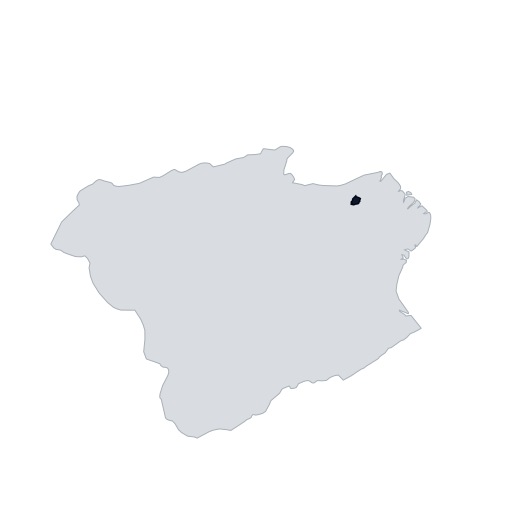 Yakurr, Cross River, Nigeria shown in context, rotated 235°
{"feature_id": "59680162B19335323694639", "entity_name": "Yakurr", "entity_type": "district", "adm_level": 2, "iso_a3": "NGA", "parent_name": "Nigeria", "parent_adm1": "Cross River", "projection": "equal_earth", "projection_center": [8.173, 5.82], "detail": "fine", "context": "in_parent", "style": "filled", "palette": "ink", "viewbox_px": 512, "rotation_deg": 235, "n_neighbors": 0, "source": "geoboundaries", "source_scale": "gbopen_adm2", "svg_char_len": 4525}
<svg xmlns="http://www.w3.org/2000/svg" viewBox="0 0 512 512"><g transform="rotate(235 256 256)"><path d="M383.5,94.8L395.4,116.4L398.0,132.5L399.1,140.5L401.0,141.4L404.7,141.8L407.4,143.4L409.0,146.1L410.0,148.5L410.2,150.0L409.5,159.7L408.6,163.2L409.2,167.9L409.0,170.0L408.6,171.4L407.0,173.0L404.8,174.5L399.5,179.1L398.0,179.8L395.7,179.9L393.8,181.1L391.5,183.6L386.6,192.9L382.4,202.2L379.4,217.3L375.7,222.0L375.0,226.1L374.5,235.6L373.9,238.4L373.3,239.2L369.3,241.0L367.0,243.2L365.6,247.5L363.9,262.0L363.3,264.4L362.0,266.9L359.9,269.6L358.2,271.1L353.5,272.1L349.2,283.0L349.1,285.0L347.2,294.9L343.8,302.4L343.6,307.2L339.4,313.8L337.2,318.3L339.5,323.0L339.6,323.7L332.4,331.7L331.9,332.9L331.6,338.4L331.1,339.9L329.7,341.9L327.8,344.1L325.8,345.8L323.5,347.0L321.3,347.4L320.1,346.8L319.4,345.1L318.2,338.4L317.6,336.9L316.1,335.6L310.5,328.2L307.1,325.6L306.4,325.8L305.8,326.5L304.8,330.2L303.9,331.6L302.1,332.1L299.0,332.1L296.7,331.6L296.2,330.9L295.1,327.9L288.1,334.7L285.7,336.2L282.6,344.2L278.2,348.1L275.1,351.6L267.0,362.4L265.4,365.6L263.8,370.4L260.3,390.8L254.7,403.6L253.9,406.3L253.6,406.2L252.9,407.4L250.7,406.6L249.7,404.3L248.4,403.9L246.1,400.4L245.6,401.0L248.0,409.8L247.1,413.2L240.2,413.3L234.3,414.5L230.2,414.4L228.2,413.1L227.3,409.8L226.9,410.2L226.7,411.9L225.4,413.3L220.9,413.6L218.9,411.3L217.2,408.8L215.5,407.7L215.8,408.7L217.8,411.2L217.5,414.7L213.8,418.8L211.5,419.1L210.1,417.3L209.3,414.4L208.9,410.2L208.0,407.4L207.5,407.4L208.1,412.0L208.1,416.3L209.9,419.7L207.2,420.7L204.0,420.8L203.5,419.6L203.1,416.8L202.6,416.1L201.9,420.8L195.3,422.1L194.4,421.9L194.2,421.0L194.7,419.7L194.5,417.6L193.1,419.3L192.8,422.5L192.0,423.0L189.5,422.6L186.7,420.9L182.3,416.8L176.8,410.1L175.9,407.1L174.3,403.4L171.5,393.2L172.0,392.8L173.3,393.3L173.9,392.4L171.6,391.7L171.2,390.9L171.0,388.7L171.1,385.9L174.6,384.5L175.4,382.8L175.8,381.2L171.6,383.7L167.6,380.8L166.7,379.1L167.2,377.7L171.8,377.6L173.4,376.3L172.4,375.9L170.7,375.9L170.0,375.1L170.1,373.0L169.5,373.5L168.8,375.3L166.1,376.7L164.5,375.3L164.3,372.3L164.0,370.9L162.7,369.8L158.0,361.8L152.1,355.2L146.9,350.6L138.9,348.4L122.4,348.5L121.4,347.8L122.5,346.8L123.9,346.1L129.3,342.4L128.4,341.9L122.8,344.2L120.9,344.4L118.4,348.9L102.1,349.9L102.2,347.8L102.9,341.9L103.9,337.9L102.8,333.0L102.6,328.5L103.3,327.1L103.5,325.4L103.4,314.0L104.3,312.3L104.3,311.2L102.6,306.3L102.7,302.6L102.4,298.9L101.8,297.3L102.5,283.4L102.3,279.9L102.9,277.5L103.2,271.5L103.2,265.6L104.3,256.3L111.3,255.1L113.0,251.5L114.0,246.9L113.7,242.3L116.0,238.3L118.8,234.8L118.7,230.9L119.4,229.7L120.7,228.8L122.6,228.4L124.7,226.4L125.9,223.1L127.0,217.6L125.3,213.9L125.3,213.0L126.0,211.0L127.1,209.0L128.0,208.3L130.0,208.9L130.6,208.1L132.0,202.1L131.9,200.5L130.0,196.5L129.0,185.7L128.5,184.3L127.0,182.3L123.2,174.7L123.3,171.1L124.9,166.5L126.0,164.3L127.5,163.1L127.8,162.0L127.4,160.7L126.6,159.7L126.5,157.7L127.2,154.8L127.0,151.6L127.5,135.4L130.7,132.2L135.3,126.9L137.7,121.4L138.9,117.2L140.6,103.3L143.0,101.8L147.6,96.7L153.9,93.8L158.0,92.9L165.1,93.5L168.7,92.9L171.8,90.2L173.2,89.4L175.2,89.0L192.9,96.2L194.5,95.9L195.9,96.4L198.1,98.3L203.3,105.0L208.8,115.4L210.5,117.6L212.2,118.8L214.0,119.3L215.3,119.1L216.6,118.1L218.3,116.1L220.9,115.2L223.0,115.4L234.1,107.4L235.2,107.3L242.0,109.1L251.3,117.1L258.8,122.3L264.2,124.1L270.4,125.3L281.1,125.7L289.1,114.4L292.1,112.0L295.7,109.8L303.2,107.7L315.6,106.3L327.2,106.9L334.4,108.8L342.1,112.5L345.4,116.0L350.6,116.6L354.3,115.9L355.5,112.4L359.1,107.8L364.7,103.6L369.2,100.6L372.9,99.3L376.2,95.9L378.9,94.9L383.5,94.8ZM221.3,418.1L218.8,419.2L217.1,418.9L219.4,414.3L220.5,415.3L222.0,415.7L221.3,418.1Z" fill="#d9dde1" stroke="#a8b0b8" stroke-width="1"/><path d="M243.2,374.4L243.7,374.2L244.7,373.7L247.2,372.0L248.0,372.2L247.5,369.2L247.2,367.8L246.3,367.2L246.1,366.8L245.8,366.5L245.8,365.4L245.7,365.2L245.4,365.0L245.4,364.9L245.2,364.8L245.1,364.7L244.9,364.6L244.7,364.6L244.4,364.5L244.2,364.6L244.2,364.4L244.2,364.5L244.1,364.4L244.0,364.2L244.1,363.9L244.0,363.7L243.8,363.8L243.5,363.9L243.0,364.3L242.7,364.7L242.4,364.9L242.3,365.1L242.1,365.2L242.1,365.5L241.8,365.9L241.6,366.2L241.6,366.4L241.7,366.9L241.6,367.1L241.5,367.4L241.3,367.5L241.2,367.7L241.0,368.2L240.7,368.5L240.6,368.8L240.6,369.1L240.3,369.8L240.3,370.0L240.5,370.6L240.8,370.8L241.2,371.7L241.2,371.9L241.2,372.0L241.3,372.5L242.0,372.8L242.2,373.0L242.5,373.1L242.6,373.6L243.2,374.4Z" fill="#0f172a" stroke="#020617" stroke-width="1.5"/></g></svg>